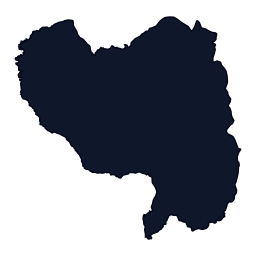 outline of Heliconia, Antioquia, Colombia
{"feature_id": "7082276B97169896974876", "entity_name": "Heliconia", "entity_type": "district", "adm_level": 2, "iso_a3": "COL", "parent_name": "Colombia", "parent_adm1": "Antioquia", "projection": "orthographic", "projection_center": [-75.764, 6.206], "detail": "fine", "context": "isolated", "style": "filled", "palette": "ink", "viewbox_px": 256, "rotation_deg": 0, "n_neighbors": 0, "source": "geoboundaries", "source_scale": "gbopen_adm2", "svg_char_len": 5665}
<svg xmlns="http://www.w3.org/2000/svg" viewBox="0 0 256 256"><path d="M240.6,149.6L240.5,149.1L239.1,148.8L237.8,147.9L234.8,139.9L233.2,137.0L231.8,135.9L228.1,134.1L226.7,132.4L226.5,131.8L226.5,130.4L226.9,129.1L230.4,124.8L232.3,123.6L233.8,120.5L231.8,116.7L231.2,114.6L231.0,111.7L230.0,108.7L229.7,108.0L228.3,106.2L228.2,105.2L230.1,101.8L230.6,98.9L228.9,96.7L227.7,93.9L227.6,92.3L225.3,88.9L225.4,88.0L227.1,83.4L227.4,81.7L227.0,75.8L226.0,71.2L224.0,68.1L221.5,65.2L220.4,62.2L217.1,61.0L214.9,62.0L213.3,62.1L212.8,61.8L212.8,57.9L214.4,53.1L215.2,49.3L214.4,47.1L215.4,45.2L215.1,44.3L212.6,42.8L212.5,42.1L212.7,41.8L214.4,41.2L215.9,39.4L216.0,36.8L216.6,34.9L216.5,33.8L215.7,33.0L211.5,32.3L207.4,30.2L205.3,28.9L201.8,28.1L201.3,27.7L199.3,22.6L197.8,21.0L197.1,20.8L196.6,21.4L194.8,26.5L192.9,30.0L192.4,30.5L191.4,30.8L190.9,30.5L188.1,26.5L182.4,23.1L176.5,18.8L173.9,17.3L169.8,17.0L165.0,17.6L162.2,19.3L160.0,21.2L156.3,26.0L151.3,28.2L150.1,28.2L149.2,29.1L148.7,30.9L148.4,31.1L148.0,31.3L147.0,31.1L145.4,31.8L143.9,33.1L142.0,34.1L140.1,36.3L135.3,38.7L131.5,42.5L131.1,43.2L131.0,45.3L128.6,47.7L128.0,47.6L127.2,45.4L125.4,44.7L124.7,44.9L125.6,46.3L124.8,48.3L124.3,48.9L123.3,48.9L122.4,49.3L121.7,49.2L119.9,48.4L118.5,48.4L116.8,47.4L115.8,47.8L114.4,47.7L113.4,46.5L112.1,45.9L111.5,46.3L110.9,47.9L109.7,48.7L108.0,49.4L105.2,48.9L103.8,48.9L103.2,48.0L102.4,48.3L101.0,47.6L99.1,49.9L98.1,49.9L97.5,50.3L96.5,52.1L95.5,52.7L94.8,55.3L94.4,55.7L93.9,55.3L91.9,52.7L91.1,52.2L90.2,48.9L90.0,46.8L89.3,45.7L88.4,44.9L87.5,44.7L86.5,43.1L83.2,39.5L81.7,38.5L79.9,37.7L77.6,34.6L76.7,31.5L74.3,27.4L73.2,25.0L73.1,21.4L72.7,20.6L68.4,20.0L64.8,20.7L62.6,21.9L61.3,21.9L58.8,22.5L55.0,24.1L53.5,25.1L53.0,26.4L52.5,26.5L52.0,26.0L50.6,27.8L49.7,27.8L48.6,28.2L47.2,27.2L42.6,27.4L40.1,29.2L39.5,30.6L38.9,31.2L36.8,30.6L35.7,31.2L33.4,31.4L32.7,32.1L32.9,33.5L31.8,34.2L31.8,34.8L30.6,35.5L30.3,37.6L28.9,39.5L28.1,40.1L27.6,40.1L27.1,39.8L26.7,39.0L26.2,39.0L25.7,40.8L24.5,40.5L24.3,41.0L23.6,41.3L24.1,41.9L23.9,42.4L23.1,42.2L22.1,41.3L21.2,41.3L21.2,42.4L20.5,43.3L21.2,44.2L21.2,44.6L20.8,44.9L20.2,44.6L18.9,44.8L18.9,45.1L19.5,45.6L18.7,46.8L19.2,47.4L19.1,48.8L19.6,49.2L20.7,49.4L20.6,48.1L21.2,48.0L21.7,48.6L21.8,49.6L22.9,49.3L24.2,50.4L24.1,51.2L24.5,52.0L23.1,52.7L23.1,53.1L24.0,53.3L23.6,54.0L23.5,54.7L22.9,55.2L22.2,55.4L20.9,54.6L20.6,54.9L20.9,55.8L18.9,55.9L18.6,56.4L18.9,56.8L18.8,57.2L17.7,56.7L17.3,57.5L15.9,57.7L15.4,58.4L15.5,59.3L16.2,60.0L19.7,60.7L19.5,61.2L17.4,63.0L16.1,63.1L15.9,63.5L16.1,64.0L18.5,65.9L18.8,67.1L18.7,70.0L20.2,70.3L21.0,71.0L21.8,71.2L21.8,71.9L21.4,72.1L20.2,72.0L19.8,72.1L19.5,73.3L18.7,74.1L18.3,74.9L19.1,77.5L19.6,77.7L21.5,76.8L22.0,77.1L21.1,79.1L20.1,79.3L19.7,79.7L19.8,80.1L21.0,80.9L21.2,81.8L20.7,83.7L21.5,89.6L21.1,90.6L21.5,91.2L20.8,91.7L20.7,92.2L21.6,93.6L21.4,94.1L20.9,94.3L21.5,95.0L21.9,96.9L23.3,98.8L25.3,99.1L27.8,100.6L28.3,101.3L29.4,103.5L29.2,104.8L29.7,105.6L32.1,106.9L32.7,108.1L34.1,108.4L34.2,110.7L36.2,112.5L35.8,114.2L38.1,115.7L39.8,117.6L39.7,120.4L40.4,122.7L40.1,124.4L41.8,124.8L42.6,125.3L43.2,126.2L44.8,126.7L45.2,128.0L46.8,129.6L48.0,130.5L50.7,131.8L51.7,132.7L52.5,132.8L53.9,131.9L55.3,132.2L57.2,133.2L59.6,133.9L65.6,137.1L66.3,137.8L66.4,138.9L67.1,139.9L69.7,141.9L71.2,145.3L72.2,146.4L73.5,146.6L74.3,148.3L75.2,149.1L75.5,150.5L76.8,151.5L77.7,153.0L79.3,154.5L81.6,159.2L81.6,161.6L82.8,163.4L83.0,166.0L84.2,166.8L84.4,168.1L86.3,169.3L88.4,169.4L89.8,170.7L92.7,172.4L95.1,172.1L97.1,173.0L100.4,172.8L102.4,173.1L104.5,172.7L106.1,171.7L106.9,172.8L108.1,172.4L109.6,172.5L110.9,174.9L113.0,174.5L115.7,175.2L116.0,175.5L116.0,176.2L116.4,176.6L117.8,176.4L118.4,177.3L119.3,177.8L120.4,177.9L120.8,177.8L123.0,175.1L128.0,173.9L128.7,173.6L129.1,172.6L129.6,172.2L131.7,172.6L133.5,172.4L135.1,173.1L139.3,171.7L142.2,173.1L145.2,173.8L146.4,174.7L146.9,174.7L147.6,174.0L148.0,173.9L149.5,176.0L150.2,176.4L151.4,176.7L152.0,177.2L152.2,177.5L152.1,178.9L152.4,182.7L155.2,186.9L156.6,190.4L156.9,191.6L156.8,192.8L155.4,196.7L154.6,197.5L153.3,200.4L152.5,204.3L151.5,206.4L151.5,207.6L152.5,209.8L152.6,210.9L150.7,211.6L149.6,211.1L149.5,212.4L147.9,213.2L145.0,215.8L144.8,214.8L144.4,214.6L144.0,214.8L143.4,215.8L143.1,219.2L143.6,220.7L144.0,224.2L144.3,225.0L145.3,226.4L144.7,229.7L145.5,234.3L145.5,236.8L146.0,236.5L146.3,236.7L148.4,239.0L149.1,239.0L149.9,238.5L151.3,238.6L151.6,237.8L150.5,235.9L150.6,235.3L151.1,234.8L152.9,233.5L157.6,231.9L159.5,229.8L161.0,229.2L163.1,226.6L163.2,226.2L162.3,225.6L162.5,225.2L164.5,224.2L165.7,224.2L165.9,223.5L165.7,221.6L167.0,220.1L167.3,218.7L168.1,217.7L168.3,216.5L168.8,215.9L170.6,214.6L174.3,215.3L176.6,215.1L177.9,217.2L179.0,220.2L179.8,220.7L181.1,220.7L183.6,222.0L185.4,222.1L186.3,222.7L186.6,224.2L187.2,225.0L187.4,226.2L188.0,226.7L189.7,226.9L190.7,227.3L191.7,228.7L191.9,230.4L192.5,230.9L193.2,230.7L195.7,229.2L197.1,229.0L198.5,228.3L200.9,229.1L202.5,229.3L203.4,229.2L206.2,228.3L207.6,227.1L208.7,225.1L208.4,222.6L210.6,222.4L212.1,221.8L213.9,222.8L214.6,223.0L215.5,222.9L216.1,222.3L216.0,221.4L216.3,220.8L217.2,220.5L219.7,220.5L220.5,220.2L221.3,219.7L223.1,217.4L224.6,216.6L224.7,216.2L224.2,215.0L224.7,213.6L223.9,212.8L223.8,212.0L224.3,210.8L225.3,210.3L226.8,205.8L227.0,204.2L227.7,203.5L228.5,202.2L229.2,201.8L230.6,202.0L231.4,201.9L233.3,200.4L234.1,198.9L234.5,195.2L235.7,193.8L236.2,193.0L236.6,190.2L235.0,185.7L234.9,184.1L235.9,182.0L237.4,176.1L238.0,173.1L238.5,166.9L239.2,165.4L238.8,162.6L237.5,161.2L237.1,157.0L238.6,152.5L240.6,149.6Z" fill="#0f172a" stroke="#020617" stroke-width="1.5"/></svg>